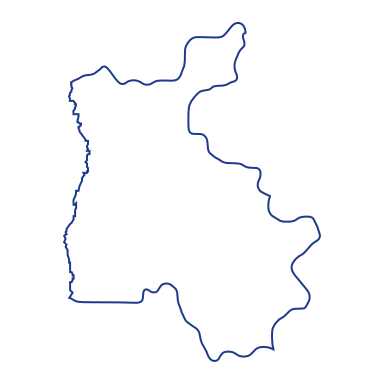 outline of Loma de Cabrera, Dajabón, Dominican Republic
{"feature_id": "3306468B30549660873689", "entity_name": "Loma de Cabrera", "entity_type": "district", "adm_level": 2, "iso_a3": "DOM", "parent_name": "Dominican Republic", "parent_adm1": "Dajabón", "projection": "equal_earth", "projection_center": [-71.602, 19.426], "detail": "fine", "context": "isolated", "style": "outline", "palette": "blue", "viewbox_px": 384, "rotation_deg": 0, "n_neighbors": 0, "source": "geoboundaries", "source_scale": "gbopen_adm2", "svg_char_len": 5457}
<svg xmlns="http://www.w3.org/2000/svg" viewBox="0 0 384 384"><path d="M71.1,83.6L71.4,83.6L71.4,86.9L72.4,88.2L71.4,90.2L71.4,91.6L71.2,91.8L69.9,92.9L69.9,94.9L69.0,96.1L69.0,96.4L69.9,98.2L69.9,100.9L71.2,100.9L73.4,100.9L74.9,102.9L74.9,104.2L75.9,104.2L75.9,106.2L74.9,107.5L75.0,108.9L73.4,110.9L73.5,114.2L78.5,114.2L78.5,116.9L77.5,120.2L77.5,122.2L78.5,122.2L79.5,123.5L81.0,123.5L81.0,124.8L79.5,126.8L78.5,126.8L78.5,128.2L79.5,130.2L79.5,131.5L84.5,138.2L85.5,139.5L85.5,140.8L88.0,140.8L88.0,144.1L87.0,146.1L87.0,147.5L88.0,148.8L87.0,150.8L89.5,150.8L89.5,154.1L88.0,154.1L87.0,155.5L87.0,160.1L86.2,161.3L85.9,161.7L85.5,162.1L87.0,163.5L87.0,166.8L88.0,168.1L88.0,171.4L87.0,171.4L87.0,172.8L83.5,172.8L84.5,174.8L84.2,175.2L82.0,178.1L82.0,180.2L82.0,180.8L81.0,182.8L79.5,186.1L78.5,190.8L77.3,190.8L76.0,190.8L76.0,194.1L74.3,198.2L73.5,200.1L73.6,204.8L75.0,204.8L76.1,203.4L76.1,208.1L75.1,210.1L75.1,216.1L73.6,216.1L73.6,219.4L71.6,222.8L71.4,222.9L70.1,224.1L66.6,228.8L66.6,230.8L65.6,232.1L66.0,233.0L66.6,234.1L64.7,235.1L64.2,235.8L65.6,238.8L64.1,242.1L66.6,244.8L65.6,246.8L67.6,250.1L67.6,254.8L69.1,259.4L69.1,262.7L70.1,262.7L70.1,266.2L70.1,272.1L71.6,272.1L72.6,274.1L72.6,275.4L73.4,275.4L73.6,275.4L73.6,278.7L73.4,278.7L72.6,278.7L72.6,280.1L71.6,282.1L70.1,282.1L70.1,288.9L70.1,290.1L72.6,292.7L69.3,297.9L70.7,298.3L75.2,300.9L77.2,301.5L79.2,301.9L84.3,302.2L119.0,302.4L136.8,302.8L139.6,302.3L141.2,301.5L141.9,300.8L142.4,299.9L142.9,297.9L143.2,293.8L143.5,291.8L143.9,291.0L144.4,290.2L145.0,289.7L145.7,289.4L147.2,289.5L148.5,290.1L150.4,291.4L151.8,292.1L153.4,292.4L155.1,292.3L156.6,291.8L157.2,291.3L158.2,290.0L160.0,287.0L161.1,285.6L162.5,284.5L163.3,284.1L165.1,283.6L166.9,283.5L168.7,283.8L170.3,284.5L171.8,285.5L175.0,288.2L176.2,289.7L176.6,290.6L177.2,292.8L177.8,300.0L178.5,303.4L180.3,308.1L181.7,312.3L185.0,319.4L186.0,320.9L186.6,321.6L192.1,325.7L195.8,328.1L197.2,329.3L198.3,330.8L199.2,332.6L199.5,333.7L200.8,340.1L201.9,343.3L206.2,351.0L207.8,355.0L208.6,356.8L210.3,359.1L211.7,360.2L212.6,360.6L214.3,361.0L215.9,360.8L217.4,360.2L218.6,359.0L220.3,356.0L221.9,353.9L223.2,352.7L224.1,352.3L226.0,351.7L229.0,351.6L232.0,352.0L233.9,352.7L237.6,355.0L239.3,355.9L242.2,356.5L245.2,356.5L248.1,355.9L249.9,355.0L251.4,353.7L255.7,349.3L257.3,348.2L259.2,347.4L261.2,347.1L263.2,346.9L267.2,347.2L270.1,347.9L273.4,349.4L272.5,344.7L272.2,341.1L272.0,336.3L272.1,332.7L272.3,330.4L272.8,328.1L273.8,326.1L274.9,324.2L277.0,321.7L278.4,320.2L280.0,318.9L282.4,317.6L283.9,316.5L285.4,315.2L289.1,311.5L290.6,310.2L291.5,309.7L293.2,309.1L295.1,308.8L302.3,308.6L303.9,308.3L304.7,307.9L305.4,307.4L306.4,305.9L308.5,301.8L309.2,300.0L309.5,299.0L309.6,297.9L309.6,295.6L309.0,293.4L308.0,291.5L306.8,289.7L304.8,287.2L295.0,275.4L293.8,273.6L292.7,271.8L291.9,269.8L291.6,267.5L291.7,266.4L291.9,265.3L292.2,264.2L292.7,263.2L293.8,261.4L295.1,259.7L296.6,258.2L298.9,256.3L302.1,254.5L303.6,253.3L305.8,251.1L310.0,246.3L312.1,244.1L314.3,242.3L316.6,241.0L317.9,240.0L319.0,238.7L319.4,237.9L319.7,237.1L319.9,236.1L319.9,235.2L319.5,233.4L318.6,230.8L317.7,227.9L316.5,225.0L313.5,219.0L312.9,218.3L312.2,217.7L311.5,217.3L309.8,216.8L307.2,216.6L304.4,216.7L301.7,217.0L299.0,217.8L295.3,220.2L294.6,220.6L292.8,221.2L289.2,221.7L285.4,221.7L282.7,221.5L280.0,220.7L272.4,216.0L271.0,214.7L269.9,213.1L269.0,211.3L268.5,208.8L268.3,206.3L268.5,202.4L268.9,200.1L270.0,196.1L266.5,194.5L261.1,191.7L260.4,191.1L259.2,189.7L258.3,188.0L257.7,186.0L257.8,183.8L258.2,181.8L260.0,177.6L260.2,176.6L260.5,174.5L260.5,172.5L260.3,171.5L260.0,170.6L259.5,169.7L258.8,169.0L258.1,168.5L256.4,168.0L249.8,167.7L246.9,167.2L245.2,166.5L241.5,164.3L239.6,163.7L235.8,163.3L226.9,163.0L224.0,162.4L222.3,161.7L218.6,159.3L214.7,157.1L210.0,153.2L208.9,151.8L208.5,150.9L208.0,148.8L207.5,142.9L207.2,140.6L206.5,138.5L206.0,137.6L204.8,136.1L203.4,134.9L201.6,134.2L199.7,134.0L194.0,133.9L192.3,133.6L191.4,133.4L190.7,132.9L189.9,132.3L189.4,131.4L188.7,129.3L188.5,126.9L188.4,124.5L188.4,115.4L188.6,110.2L189.1,106.4L189.9,104.1L191.5,101.0L194.2,97.3L197.2,94.0L198.7,92.6L200.5,91.4L202.4,90.8L208.8,89.7L210.3,89.0L212.5,87.1L214.0,86.4L216.7,85.9L222.5,85.6L225.4,85.1L227.1,84.4L230.9,82.4L234.7,81.2L236.0,80.3L236.5,79.6L236.9,78.8L237.1,76.9L236.8,75.1L235.2,70.9L234.7,68.8L234.5,65.5L234.7,63.2L235.0,62.1L235.6,60.1L238.8,52.5L240.3,50.1L241.4,48.8L243.1,47.2L244.1,45.9L244.3,45.1L244.5,43.3L244.2,41.5L243.0,37.6L242.9,35.9L243.1,35.1L243.4,34.3L243.9,33.7L245.6,32.8L245.3,30.6L244.8,28.5L244.0,26.7L242.9,25.1L241.5,23.9L240.6,23.5L238.9,23.0L237.1,23.0L235.3,23.5L234.4,23.9L232.8,25.1L231.3,26.7L227.1,31.9L224.9,34.4L223.4,35.8L221.6,36.8L218.7,37.4L215.7,37.5L200.6,37.1L196.6,37.1L193.7,37.7L191.9,38.6L190.3,39.9L188.2,42.3L186.5,45.1L185.6,47.2L185.3,48.4L185.0,50.8L184.8,60.9L184.4,64.6L183.9,66.8L182.0,71.4L181.0,74.4L180.2,76.2L179.0,77.8L178.4,78.5L176.9,79.6L175.2,80.3L172.3,80.7L161.5,80.5L157.6,80.8L154.9,81.6L150.5,84.1L148.7,84.6L147.0,84.7L145.2,84.6L143.5,84.0L139.8,81.8L138.2,81.0L135.5,80.4L132.8,80.3L131.0,80.5L129.2,81.0L127.6,81.7L125.5,83.1L124.1,83.8L122.4,84.0L121.5,83.9L119.8,83.2L119.0,82.6L117.4,81.1L115.3,78.5L109.7,70.9L107.6,68.4L106.1,67.1L105.2,66.7L103.7,66.5L102.3,67.0L99.8,69.5L95.1,73.0L93.6,73.9L91.0,74.7L85.5,75.3L82.9,76.1L78.4,78.7L74.2,80.5L71.1,82.3L71.1,83.6Z" fill="none" stroke="#1e3a8a" stroke-width="2"/></svg>